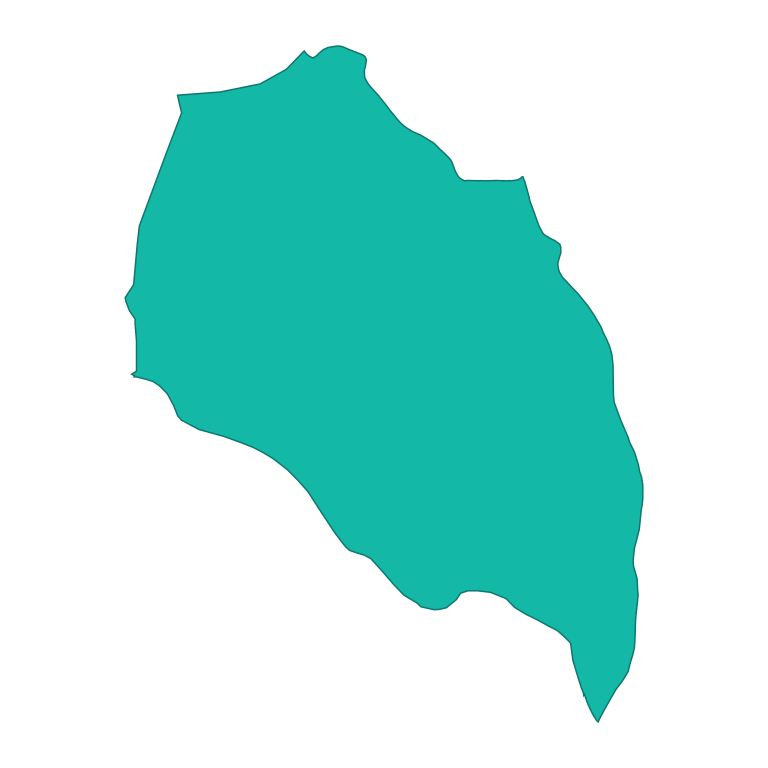 L'Eau Mineau, Micoud, Saint Lucia (Natural Earth projection)
{"feature_id": "8701671B61376458937885", "entity_name": "L'Eau Mineau", "entity_type": "district", "adm_level": 2, "iso_a3": "LCA", "parent_name": "Saint Lucia", "parent_adm1": "Micoud", "projection": "natural_earth1", "projection_center": [-60.921, 13.807], "detail": "fine", "context": "isolated", "style": "filled", "palette": "teal", "viewbox_px": 768, "rotation_deg": 0, "n_neighbors": 0, "source": "geoboundaries", "source_scale": "gbopen_adm2", "svg_char_len": 5784}
<svg xmlns="http://www.w3.org/2000/svg" viewBox="0 0 768 768"><path d="M131.7,374.2L132.4,374.6L133.2,375.1L134.6,375.8L134.1,376.9L135.9,376.8L139.9,377.8L145.4,379.1L149.6,380.4L153.0,381.5L158.2,384.9L159.3,385.6L167.2,393.6L173.5,405.1L176.8,413.5L177.7,415.8L181.5,420.2L192.6,426.1L199.2,429.6L223.9,436.4L244.4,443.9L245.6,444.4L246.4,444.7L252.9,447.3L258.8,450.3L262.3,452.1L264.5,453.4L273.1,458.6L284.6,467.5L287.5,469.8L298.6,481.0L301.2,484.0L308.2,491.9L319.3,509.3L335.0,533.0L340.8,540.7L345.6,546.8L347.7,548.7L349.6,550.4L358.2,553.3L364.2,555.1L370.8,558.6L379.5,568.1L381.6,570.5L393.5,584.3L404.1,595.3L413.2,600.7L416.5,602.6L421.0,606.8L434.1,609.7L439.2,609.4L443.6,608.4L446.5,607.7L452.3,602.9L456.3,599.7L458.4,596.5L460.6,593.2L467.9,590.8L477.8,590.8L490.4,592.3L496.5,594.7L506.0,598.5L514.6,607.4L526.2,614.4L536.1,619.2L541.8,622.3L548.4,626.0L555.1,629.4L557.5,630.7L563.6,636.1L566.1,638.4L567.4,639.7L570.6,643.1L571.4,649.0L572.9,660.2L578.0,677.3L581.5,688.3L583.0,691.7L583.3,692.5L583.7,695.3L584.4,694.2L584.8,695.4L585.2,696.5L585.5,697.4L585.8,698.3L586.1,699.3L586.5,700.2L586.8,701.1L587.2,702.2L587.5,703.1L587.9,704.1L588.4,705.1L588.8,706.0L589.2,706.9L589.6,707.8L590.1,709.0L590.6,709.9L591.0,710.7L591.4,711.6L592.0,712.8L592.5,713.7L593.0,714.5L593.4,715.3L593.8,716.1L594.3,716.9L595.1,718.0L595.7,719.0L596.2,719.8L596.7,720.4L597.2,721.1L598.1,721.9L601.4,715.2L607.3,704.5L615.9,689.5L621.8,681.8L625.0,676.9L628.2,671.4L629.9,664.2L632.9,654.4L634.4,647.8L634.9,640.3L635.6,619.2L636.4,611.5L638.1,595.3L637.6,589.6L637.1,578.6L633.6,566.5L633.1,560.8L634.4,548.1L636.4,540.9L639.3,529.1L641.3,509.5L642.3,504.0L642.8,498.5L642.8,485.3L641.5,476.9L639.6,471.5L638.3,464.3L634.4,451.9L629.5,442.1L628.2,437.5L620.6,419.9L614.2,402.3L613.5,395.7L613.2,379.3L613.0,364.6L611.7,353.6L609.5,346.2L606.3,338.7L603.1,332.3L601.1,327.1L594.0,315.0L587.8,305.8L578.0,293.7L573.8,289.4L568.9,284.2L562.5,277.3L559.3,271.8L558.1,267.5L557.8,263.2L559.8,256.0L560.8,253.1L560.8,247.6L559.8,244.2L554.9,240.7L549.7,238.1L544.3,234.7L542.5,232.7L539.1,226.3L537.6,222.3L534.4,213.1L530.0,201.3L529.0,196.7L525.1,182.5L522.8,176.7L522.0,176.9L521.3,177.6L520.7,178.2L519.8,178.7L519.1,179.2L518.2,179.5L517.3,179.8L516.4,180.1L515.4,180.3L513.4,180.5L511.8,180.7L510.9,180.7L510.0,180.7L509.2,180.7L508.3,180.7L507.3,180.8L506.3,180.8L505.4,180.8L504.5,180.7L503.6,180.7L502.6,180.7L501.3,180.7L500.3,180.6L498.9,180.6L498.1,180.6L497.0,180.5L495.5,180.5L494.7,180.5L493.3,180.6L491.9,180.6L491.0,180.7L490.1,180.7L488.9,180.7L487.5,180.8L486.8,180.8L485.9,180.8L484.9,180.8L484.0,180.8L483.2,180.8L482.0,180.7L481.1,180.7L480.0,180.7L479.2,180.7L477.9,180.7L477.0,180.7L476.1,180.7L475.1,180.7L474.2,180.6L473.4,180.6L472.3,180.6L471.2,180.6L470.3,180.5L469.3,180.5L468.4,180.5L467.6,180.5L466.4,180.6L465.3,180.7L464.4,180.8L463.3,180.3L462.5,179.9L461.7,179.4L460.8,178.8L459.9,178.2L459.1,177.5L458.6,176.8L458.0,176.0L457.5,175.3L456.9,174.2L455.9,172.3L455.4,171.3L454.9,170.2L454.6,169.3L454.1,168.0L453.5,166.3L453.1,165.2L452.7,164.1L452.2,163.0L451.9,162.0L451.3,161.0L450.5,159.7L449.9,158.9L448.9,157.9L448.2,157.0L447.5,156.4L446.9,155.8L446.3,155.2L445.5,154.4L444.8,153.6L444.2,153.1L443.5,152.5L442.9,151.9L442.2,151.2L441.5,150.6L440.6,149.8L439.9,149.2L439.0,148.3L438.3,147.5L437.5,146.8L436.8,146.0L436.1,145.5L435.6,144.8L434.7,143.9L433.8,143.2L433.1,142.6L432.4,142.2L431.7,141.7L430.7,141.2L430.0,140.7L429.2,140.3L428.2,139.7L427.4,139.2L426.8,138.7L425.8,138.1L424.9,137.7L424.1,137.1L423.4,136.7L422.7,136.3L422.0,135.9L421.3,135.5L420.4,135.0L419.6,134.7L418.4,134.1L417.7,133.8L416.6,133.3L415.8,133.0L414.8,132.6L414.0,132.3L413.3,131.9L412.0,131.3L410.9,130.6L409.9,129.9L408.9,129.4L407.9,128.7L406.8,128.0L405.7,127.2L404.8,126.6L403.8,125.8L402.7,124.9L402.0,124.3L401.2,123.5L400.6,122.9L399.9,122.2L399.3,121.5L398.7,120.8L397.9,120.0L397.0,118.9L396.4,118.1L395.9,117.5L395.2,116.6L394.6,115.9L393.9,115.0L393.3,114.3L392.7,113.6L392.1,113.0L391.3,112.0L390.6,111.1L390.0,110.4L389.4,109.5L388.7,108.7L388.2,107.9L387.3,106.7L386.5,105.7L385.9,104.9L385.3,104.1L384.8,103.4L384.1,102.6L383.3,101.7L382.3,100.4L381.4,99.2L380.7,98.4L380.0,97.6L379.4,96.8L378.9,96.2L378.4,95.4L377.4,94.4L376.6,93.5L375.9,92.7L375.3,92.0L374.6,91.3L373.7,90.3L373.1,89.7L372.5,88.9L371.9,88.3L370.5,86.8L369.7,85.8L368.9,84.9L368.4,84.2L368.0,83.5L367.5,82.7L366.9,81.6L366.2,80.5L365.8,79.6L365.4,78.9L364.9,77.9L364.7,77.0L364.6,76.1L364.5,74.9L364.5,73.7L364.4,72.6L364.4,71.6L364.4,70.4L364.7,69.2L364.9,68.2L365.2,67.3L365.4,66.1L365.6,65.2L365.7,64.4L365.9,63.3L366.1,62.1L366.2,61.2L366.3,60.0L366.0,59.0L365.6,58.0L365.2,57.0L364.6,56.4L363.9,55.7L363.2,55.2L362.1,54.6L361.0,54.2L359.8,53.7L359.0,53.4L358.2,53.0L357.4,52.8L356.2,52.3L354.9,51.8L353.5,51.3L352.8,51.0L352.0,50.7L350.9,50.3L350.0,49.9L349.0,49.5L347.8,49.0L347.0,48.6L346.2,48.3L345.2,47.8L344.4,47.5L343.6,47.1L342.8,46.9L341.9,46.6L340.8,46.4L339.2,46.1L337.9,46.1L336.6,46.1L335.8,46.2L334.8,46.4L334.0,46.5L333.2,46.6L332.4,46.8L331.5,46.9L330.7,47.0L329.8,47.2L328.9,47.4L328.1,47.5L327.3,47.8L326.5,48.2L325.6,48.6L324.9,49.0L324.0,49.3L323.1,49.9L322.4,50.4L321.7,51.0L321.0,51.6L319.9,52.5L319.3,53.0L318.5,53.9L317.8,54.7L317.0,55.4L316.1,56.0L315.4,56.5L314.7,57.0L314.0,57.4L313.1,57.8L312.2,57.8L311.3,57.2L310.6,56.9L309.8,56.5L309.1,56.1L308.2,55.4L307.5,54.9L306.9,54.3L306.3,53.6L305.3,52.5L304.7,51.7L304.2,51.0L286.3,69.4L260.2,83.9L220.2,92.0L177.5,95.2L181.6,112.9L165.1,156.4L149.1,199.6L139.4,225.8L139.1,228.3L137.2,244.8L133.7,284.4L130.3,289.8L125.2,297.6L126.0,301.7L129.5,310.8L135.1,319.0L135.1,324.0L136.2,337.1L136.5,341.3L136.5,371.0L135.2,372.0L131.7,374.2Z" fill="#14b8a6" stroke="#0f766e" stroke-width="1.5"/></svg>